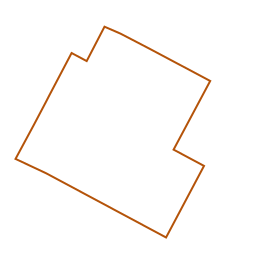 Meeker, Minnesota, United States of America, rotated 298°
{"feature_id": "52423323B82723700819743", "entity_name": "Meeker", "entity_type": "district", "adm_level": 2, "iso_a3": "USA", "parent_name": "United States of America", "parent_adm1": "Minnesota", "projection": "robinson", "projection_center": [-94.489, 45.109], "detail": "fine", "context": "isolated", "style": "outline", "palette": "amber", "viewbox_px": 256, "rotation_deg": 298, "n_neighbors": 0, "source": "geoboundaries", "source_scale": "gbopen_adm2", "svg_char_len": 344}
<svg xmlns="http://www.w3.org/2000/svg" viewBox="0 0 256 256"><g transform="rotate(298 128 128)"><path d="M49.2,213.0L130.2,212.9L130.3,178.4L208.1,178.5L208.1,144.5L208.1,110.9L207.8,77.1L206.4,59.7L167.7,60.1L167.7,43.0L119.8,43.2L113.0,43.3L86.7,43.4L47.9,43.2L49.6,77.2L49.2,213.0Z" fill="none" stroke="#b45309" stroke-width="2"/></g></svg>